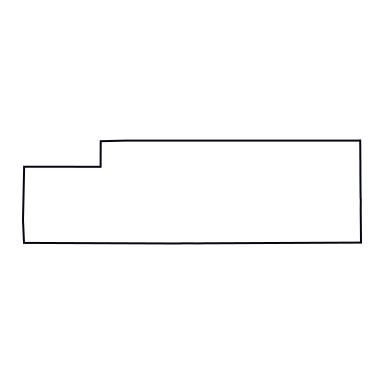 Kiowa, Colorado, United States of America
{"feature_id": "52423323B14805582896473", "entity_name": "Kiowa", "entity_type": "district", "adm_level": 2, "iso_a3": "USA", "parent_name": "United States of America", "parent_adm1": "Colorado", "projection": "orthographic", "projection_center": [-102.553, 38.44], "detail": "fine", "context": "isolated", "style": "outline", "palette": "ink", "viewbox_px": 384, "rotation_deg": 0, "n_neighbors": 0, "source": "geoboundaries", "source_scale": "gbopen_adm2", "svg_char_len": 458}
<svg xmlns="http://www.w3.org/2000/svg" viewBox="0 0 384 384"><path d="M100.7,141.2L100.6,166.8L24.1,166.7L24.1,168.8L23.0,220.1L24.0,242.9L47.6,243.0L181.0,243.5L181.3,243.3L199.6,243.4L203.9,243.3L204.3,243.3L361.0,242.6L360.9,229.7L360.7,208.5L360.8,199.3L360.6,198.1L360.5,188.1L360.4,172.9L360.4,167.5L360.4,161.6L360.3,157.2L360.3,150.4L360.2,140.5L356.9,140.6L354.8,140.6L126.2,140.6L100.7,141.2Z" fill="none" stroke="#020617" stroke-width="2"/></svg>